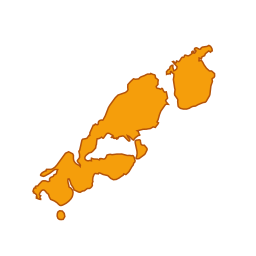 map outline of Nusa Tenggara Barat (Mercator projection), rotated 142°
{"feature_id": "IDN-555", "entity_name": "Nusa Tenggara Barat", "entity_type": "Province", "adm_level": 1, "iso_a3": "IDN", "parent_name": "Indonesia", "parent_adm1": "", "projection": "mercator", "projection_center": [117.655, -8.595], "detail": "fine", "context": "isolated", "style": "filled", "palette": "amber", "viewbox_px": 256, "rotation_deg": 142, "n_neighbors": 0, "source": "natural_earth", "source_scale": "10m", "svg_char_len": 5965}
<svg xmlns="http://www.w3.org/2000/svg" viewBox="0 0 256 256"><g transform="rotate(142 128 128)"><path d="M243.3,129.1L242.3,129.5L242.7,130.1L241.7,130.8L241.3,131.4L241.3,132.4L241.5,133.5L242.3,135.2L241.5,135.7L241.8,136.7L239.7,138.1L238.8,138.4L237.6,137.6L237.4,138.5L236.9,138.9L236.3,138.8L234.7,137.9L233.0,138.4L228.8,139.0L227.5,138.7L225.7,137.3L224.2,135.1L223.6,134.7L222.4,134.4L222.0,134.8L221.8,135.4L221.2,136.2L219.6,136.7L216.6,135.9L215.1,136.7L213.3,136.0L212.1,136.4L210.8,137.5L209.0,138.5L210.7,140.0L211.4,140.4L217.5,140.5L223.0,141.4L224.4,141.9L225.8,143.9L226.0,144.5L225.6,145.0L224.8,145.3L223.1,145.6L220.3,145.2L218.9,144.7L218.9,144.8L218.6,145.2L217.7,145.6L214.2,142.9L212.8,142.3L209.8,142.1L206.8,142.6L192.8,146.6L189.4,145.8L187.5,141.8L187.8,140.1L189.9,137.4L190.8,135.7L191.0,134.5L191.1,133.5L190.8,131.4L189.4,128.3L189.4,127.1L188.4,128.0L188.2,129.5L188.5,132.6L188.0,133.5L185.4,134.2L184.2,134.7L182.4,137.1L181.2,139.7L180.6,140.1L179.8,140.2L171.8,146.8L170.6,147.1L167.8,145.6L166.4,145.2L163.6,146.1L163.5,145.8L162.7,145.6L162.2,146.5L161.6,146.8L161.0,147.7L153.6,151.6L152.9,151.0L152.4,151.0L151.3,151.3L150.5,149.8L150.1,149.4L149.1,149.4L147.7,150.9L146.6,151.3L145.6,151.3L144.5,150.9L143.8,150.5L143.1,149.7L142.3,149.9L138.4,151.6L130.9,156.1L128.1,157.2L119.3,159.7L115.6,160.1L108.2,157.6L105.9,157.6L104.4,158.2L103.2,160.2L101.4,162.3L97.6,163.0L93.4,163.4L92.1,161.8L89.3,160.1L87.8,160.4L86.3,160.3L82.5,159.1L81.0,158.9L79.5,158.5L77.3,156.8L76.5,157.0L75.3,154.8L74.2,153.4L74.4,152.3L75.5,150.6L75.0,149.4L74.6,147.2L76.3,145.6L77.5,143.9L80.2,143.4L80.7,142.1L80.5,141.2L79.4,140.2L78.4,138.4L77.1,138.5L76.6,137.9L77.2,135.6L77.2,133.8L75.6,132.9L78.4,127.2L81.3,126.6L81.8,125.2L81.7,121.9L83.0,123.1L83.6,123.3L84.5,123.3L91.7,121.1L94.9,119.2L98.9,116.2L101.4,114.9L100.8,113.3L102.3,112.6L104.6,112.1L106.1,111.6L107.5,113.4L110.6,113.8L111.4,114.2L112.4,114.8L114.3,115.8L116.9,117.7L122.4,120.1L122.0,119.0L122.9,116.5L123.0,115.2L123.3,115.1L124.8,115.8L128.2,115.8L129.9,115.5L130.9,114.9L131.5,116.0L132.2,120.5L133.2,122.4L133.6,121.0L133.7,117.7L134.6,116.8L135.3,117.1L135.7,118.5L136.2,123.1L136.4,124.2L137.1,125.0L140.5,126.7L142.7,125.9L143.6,126.2L143.0,127.1L144.4,127.6L144.9,128.0L145.5,128.6L145.0,129.3L145.0,129.8L146.5,130.2L146.8,130.9L145.4,131.0L144.5,131.4L145.0,132.4L145.9,134.9L146.6,135.9L147.7,136.6L149.0,136.5L153.3,135.2L153.8,135.2L154.2,135.7L154.5,137.1L156.6,137.3L157.8,137.7L158.9,138.5L160.3,137.4L163.1,134.4L164.3,133.8L164.8,133.1L165.5,132.6L165.7,132.2L169.5,131.5L171.8,131.4L174.2,132.4L177.9,132.3L179.2,131.9L180.3,131.2L181.0,130.0L180.9,128.7L180.4,127.5L179.5,126.5L178.4,126.2L177.0,124.7L176.3,125.9L175.4,126.7L174.2,124.8L171.2,122.2L170.2,120.5L169.7,120.5L169.1,121.2L168.1,120.6L166.2,118.4L165.0,118.0L163.5,118.4L161.3,119.6L160.3,119.3L159.0,118.7L158.0,118.0L157.0,116.8L153.0,114.4L148.9,111.3L145.5,106.8L143.6,105.4L142.1,103.8L141.4,103.5L141.0,102.7L141.3,100.9L142.6,97.8L143.4,97.1L144.0,96.9L144.9,96.9L147.0,95.5L148.3,95.3L153.9,93.1L155.4,92.8L158.2,92.6L158.7,93.0L159.5,94.4L160.1,94.3L160.8,93.8L161.4,93.8L162.7,94.0L165.9,94.1L168.9,94.7L171.3,96.2L172.6,98.8L173.2,102.9L176.3,106.8L177.7,109.6L178.4,110.4L178.8,110.5L179.6,110.1L181.8,112.3L182.4,112.5L183.5,112.2L186.0,110.7L187.8,108.9L188.3,108.2L188.5,107.5L190.4,106.4L191.4,104.7L192.7,104.1L194.3,103.9L195.5,104.0L197.2,105.3L198.0,105.4L200.8,105.4L201.4,105.6L202.5,106.3L205.3,106.8L206.4,108.0L208.6,112.5L208.1,113.6L207.8,115.4L207.6,118.4L205.9,123.2L205.8,124.3L206.7,124.7L207.7,123.7L208.6,122.4L209.9,119.4L210.7,118.1L210.7,117.4L210.0,115.8L210.0,113.1L211.0,111.0L212.6,109.4L214.2,108.2L216.6,107.3L219.8,106.8L223.1,106.8L226.0,107.3L227.5,107.7L228.6,108.2L229.3,109.0L229.7,110.6L229.9,112.6L230.9,115.8L232.9,119.4L232.5,122.0L231.5,124.7L232.0,127.1L232.0,128.8L232.2,130.4L233.0,131.5L234.6,131.9L237.0,131.2L238.3,130.6L239.0,130.0L239.0,129.4L238.5,128.3L239.9,127.9L240.3,127.5L240.4,125.9L240.8,125.5L241.7,126.4L243.3,129.1ZM67.7,105.9L70.1,106.8L72.7,108.8L74.6,111.2L75.2,113.9L74.6,115.1L72.4,118.5L71.7,119.1L71.2,120.1L70.9,125.3L70.1,126.5L67.3,129.3L66.7,130.7L62.4,138.3L59.9,140.6L58.6,142.3L59.1,144.4L59.0,145.4L59.2,146.1L59.9,146.2L60.6,145.1L61.4,144.6L61.8,145.3L62.7,145.5L63.5,146.2L64.6,146.5L63.0,148.7L60.2,149.2L59.2,148.8L56.9,150.4L54.9,150.4L54.0,149.8L55.4,148.1L56.7,144.9L55.5,144.5L53.3,144.6L51.6,146.0L52.0,152.8L51.0,152.4L51.0,150.7L50.3,149.9L49.7,149.8L49.0,150.7L48.4,150.9L47.4,149.2L46.8,149.0L45.6,149.2L43.0,150.2L41.8,150.4L41.4,150.2L41.0,149.6L40.5,149.4L39.8,149.6L38.9,150.3L38.4,150.4L37.8,150.0L36.6,148.2L35.8,147.6L34.8,147.4L31.6,147.3L31.3,148.3L30.6,148.8L29.7,148.7L28.8,147.9L29.6,147.6L30.0,147.2L30.1,146.6L29.7,146.1L29.1,146.0L27.2,146.6L26.9,147.0L27.2,149.2L26.5,149.6L25.7,149.6L24.6,149.0L24.2,148.3L23.6,146.8L23.2,146.1L22.3,145.5L21.6,145.9L20.6,146.1L19.5,145.9L15.4,143.6L13.4,143.3L12.7,141.6L12.8,140.0L13.1,138.6L14.1,136.9L15.5,137.3L16.2,136.9L17.0,139.0L21.3,138.9L23.2,137.8L23.9,138.1L26.0,138.5L27.2,137.6L27.9,137.6L28.3,138.7L28.9,139.4L29.7,138.2L30.4,137.8L30.7,137.1L28.5,136.2L28.7,133.4L29.2,131.0L29.4,126.8L28.7,122.9L27.0,121.4L26.3,117.6L27.8,115.5L29.1,114.9L31.1,115.1L31.6,114.9L32.8,112.7L36.8,110.1L42.8,104.0L44.0,103.2L50.1,100.8L51.3,100.8L53.4,101.9L58.4,103.3L61.2,103.7L63.6,105.1L64.8,105.5L67.7,105.9ZM138.1,97.1L140.0,98.2L140.2,99.0L140.1,99.5L138.3,100.6L136.5,102.3L135.1,104.4L131.4,112.0L130.6,113.0L129.2,113.4L126.4,111.8L125.9,111.0L125.9,110.6L126.6,109.6L127.7,107.3L127.6,106.3L126.9,105.2L125.8,104.5L125.7,104.2L125.6,101.3L125.6,100.3L126.0,99.5L126.5,99.0L130.2,97.2L131.2,96.9L138.1,97.1ZM235.3,95.9L237.1,97.0L238.4,98.3L238.8,100.0L238.1,102.1L237.3,103.1L236.2,104.2L234.8,105.0L232.9,104.9L230.9,103.0L230.8,100.0L232.3,97.1L235.3,95.9Z" fill="#f59e0b" stroke="#b45309" stroke-width="1.5"/></g></svg>